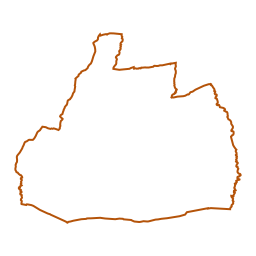 Botesti, Arges, Romania (Natural Earth projection)
{"feature_id": "2599482B8946792531978", "entity_name": "Botesti", "entity_type": "district", "adm_level": 2, "iso_a3": "ROU", "parent_name": "Romania", "parent_adm1": "Arges", "projection": "natural_earth1", "projection_center": [25.164, 45.018], "detail": "fine", "context": "isolated", "style": "outline", "palette": "amber", "viewbox_px": 256, "rotation_deg": 0, "n_neighbors": 0, "source": "geoboundaries", "source_scale": "gbopen_adm2", "svg_char_len": 5759}
<svg xmlns="http://www.w3.org/2000/svg" viewBox="0 0 256 256"><path d="M21.6,204.1L26.2,205.0L26.6,204.4L27.7,204.4L31.4,205.1L33.4,205.9L39.9,209.9L47.7,213.5L50.2,214.3L50.5,214.6L64.1,220.8L66.0,221.7L67.3,222.7L67.9,222.4L68.2,221.9L70.5,221.5L73.4,220.7L81.4,219.2L86.0,218.9L86.6,218.7L87.0,218.4L91.3,218.3L100.2,217.8L105.1,218.5L115.2,219.2L119.4,218.6L122.9,218.8L123.5,219.3L131.2,220.0L132.0,220.5L134.3,221.5L139.2,222.0L140.8,221.8L143.5,221.2L147.4,221.5L148.5,221.4L155.5,219.6L158.1,219.4L161.4,218.8L167.2,218.2L179.6,216.2L185.1,214.6L186.9,212.2L207.9,208.2L207.9,208.6L210.8,208.1L230.1,209.2L230.1,208.7L230.4,208.1L230.6,207.4L231.3,207.0L231.7,206.3L231.5,205.4L231.7,205.0L233.1,203.7L233.2,203.3L233.1,202.1L233.5,201.4L233.4,201.2L232.7,200.7L232.6,200.2L232.9,199.6L233.1,198.8L231.5,196.8L231.4,196.5L231.3,195.8L232.2,195.9L233.2,196.7L233.5,196.4L233.6,195.0L234.9,192.8L234.7,192.5L233.9,192.2L233.9,191.2L234.0,190.7L234.4,190.4L234.7,190.4L235.4,190.6L235.7,190.4L235.4,189.8L234.3,188.0L234.3,187.6L234.4,187.3L234.8,186.8L235.0,185.3L235.6,184.2L234.9,184.0L234.8,183.7L235.4,183.2L236.2,182.8L236.8,182.1L236.8,181.5L236.2,181.1L236.2,180.8L237.4,180.1L239.4,179.7L239.5,179.4L239.1,179.2L238.1,178.9L237.6,178.6L237.4,178.3L237.6,177.7L237.4,177.2L237.7,176.8L238.9,176.6L239.4,175.9L240.2,175.7L240.6,175.3L240.6,175.0L240.5,174.5L240.0,173.9L238.9,173.7L238.3,173.2L237.5,172.0L237.5,171.5L237.7,170.1L238.2,169.1L238.3,168.6L237.5,167.5L237.5,166.8L236.6,166.7L236.3,166.3L236.3,166.0L236.8,164.4L237.6,163.5L237.8,163.0L237.4,162.4L236.2,161.8L236.0,161.4L236.7,160.8L236.6,160.4L236.1,159.7L236.8,158.4L236.4,157.6L236.5,157.2L237.0,156.8L236.6,155.6L236.3,155.3L235.9,155.3L235.8,155.0L236.0,154.7L236.6,154.4L236.5,152.8L235.8,151.6L235.7,151.1L235.8,150.6L236.4,149.7L235.7,149.0L234.2,146.9L233.2,145.2L231.0,136.9L231.0,136.6L231.6,136.1L231.8,135.5L232.7,135.1L233.3,134.6L233.6,133.7L233.6,131.9L233.4,131.6L232.6,131.1L231.6,131.1L231.3,130.8L231.5,130.0L232.6,128.4L232.9,127.6L232.9,126.4L231.2,123.8L231.2,122.2L230.5,120.7L230.2,120.4L229.1,119.6L228.4,119.3L227.9,118.0L227.4,117.2L227.3,116.9L227.9,116.0L227.6,115.0L227.5,113.1L227.1,112.2L226.7,111.8L225.7,111.6L224.9,111.0L224.2,110.7L224.2,110.4L225.0,109.5L224.9,109.1L224.5,108.6L223.2,107.9L219.9,107.2L219.4,105.5L219.0,104.9L218.7,104.8L218.2,105.1L217.7,105.2L217.1,105.1L216.7,104.7L216.6,104.3L216.7,103.9L217.3,103.4L217.8,102.5L217.7,101.5L216.9,98.9L216.6,98.6L215.7,98.4L215.4,98.2L215.4,97.9L215.7,97.0L216.5,96.2L216.7,95.7L216.7,94.8L216.3,94.4L215.5,94.5L215.1,94.3L214.9,93.9L214.7,93.4L214.8,92.8L215.3,91.9L215.0,91.2L214.2,90.9L214.5,90.0L214.3,89.1L213.0,87.3L212.2,85.9L211.1,85.2L211.3,84.7L211.2,84.3L210.5,83.9L209.6,84.2L208.7,84.2L204.0,85.7L201.4,86.9L195.4,89.7L192.5,91.7L190.8,92.1L190.4,92.3L188.9,94.3L188.5,94.5L187.6,94.4L185.3,95.7L183.3,96.2L177.6,96.6L173.6,97.5L172.7,97.4L171.6,97.6L171.4,97.4L171.8,96.7L171.9,95.6L172.0,95.3L173.3,94.2L174.0,94.1L174.4,93.6L175.2,93.3L174.9,92.5L175.0,92.3L176.1,91.9L175.9,90.5L176.1,90.2L176.8,89.7L176.7,89.4L175.7,88.7L175.3,88.2L174.7,86.9L174.6,86.1L174.3,85.6L174.6,84.5L174.2,83.2L174.4,82.5L174.2,81.4L174.3,78.5L175.0,76.8L175.2,74.8L175.8,73.2L175.8,70.9L175.0,68.9L175.1,68.3L175.9,66.2L175.6,64.8L175.8,62.8L171.0,63.7L170.3,64.2L170.1,64.0L170.2,63.6L162.4,65.3L160.1,65.3L158.3,65.9L156.9,66.0L154.4,65.8L154.1,65.9L153.3,66.7L148.9,67.5L145.6,67.5L145.3,67.4L142.0,67.7L141.3,67.6L141.1,67.7L140.8,68.3L140.4,68.4L139.2,68.1L138.3,68.6L137.2,68.6L136.7,68.7L135.7,68.4L135.2,68.3L134.1,68.7L133.7,67.3L133.7,67.1L130.7,68.1L129.5,68.8L119.3,69.8L113.4,68.9L113.4,68.0L113.9,66.9L115.1,65.3L115.8,64.6L116.0,64.3L116.3,63.2L116.3,61.1L116.9,59.3L116.6,58.4L115.9,57.6L116.0,56.9L117.5,55.2L118.6,54.9L119.2,54.3L119.6,52.7L119.2,51.6L119.2,51.1L120.3,49.6L120.7,48.8L120.3,47.8L120.9,46.7L120.4,45.8L121.1,44.8L120.5,44.3L120.5,43.5L121.1,42.5L122.3,41.4L122.6,40.8L122.7,39.2L121.8,38.3L121.9,37.9L122.3,36.9L121.6,35.8L121.7,34.2L113.7,33.4L109.8,33.3L107.8,34.0L107.0,34.6L106.2,34.1L103.2,34.7L100.5,35.6L100.0,34.3L98.8,35.8L98.0,37.5L97.9,39.3L97.1,40.4L94.5,41.8L93.3,43.0L93.4,43.5L94.7,46.5L95.2,49.1L95.3,51.5L93.4,56.3L91.9,61.3L90.9,63.5L89.3,64.9L88.1,66.6L87.6,68.1L85.4,70.1L83.8,70.5L81.3,71.7L81.0,72.7L78.7,74.6L78.5,75.9L75.4,78.6L75.7,79.6L75.4,80.9L75.1,84.4L74.8,85.4L75.2,86.5L74.7,89.3L74.4,91.6L73.6,92.5L73.0,93.5L72.4,95.4L71.2,97.7L70.3,98.6L70.1,99.2L68.3,100.1L67.7,100.8L67.2,103.6L67.0,104.2L66.5,105.2L66.0,105.5L64.8,107.1L64.7,107.8L63.7,109.7L63.6,110.6L63.2,111.3L62.4,114.1L61.1,114.8L60.4,115.6L60.1,116.5L61.0,117.5L62.6,118.8L62.5,119.4L60.8,121.1L60.3,123.2L60.3,124.2L60.1,125.0L60.4,125.8L59.7,127.9L59.8,128.6L58.5,130.0L55.8,129.0L53.7,128.4L52.7,128.8L51.5,128.5L50.5,128.9L48.0,128.3L45.8,127.2L42.4,126.7L40.4,129.5L40.0,130.2L38.0,131.6L37.3,132.4L35.7,136.0L34.7,137.7L34.1,138.6L32.8,139.9L29.2,139.8L28.6,140.0L26.8,141.3L25.2,141.9L24.5,142.9L23.5,145.5L22.8,146.7L22.2,148.4L19.8,152.5L17.9,154.8L17.2,155.7L16.8,157.0L17.1,160.1L17.0,161.6L16.9,162.1L16.1,163.4L16.0,164.0L15.6,164.9L15.8,166.7L15.4,168.3L15.4,169.9L16.2,171.4L16.5,172.2L17.7,172.6L18.6,173.8L20.4,175.2L21.1,175.3L22.1,176.8L22.2,177.6L21.4,178.1L20.9,178.2L20.8,178.9L21.8,179.9L21.8,180.4L21.2,181.3L21.0,181.8L21.4,183.0L20.9,183.4L20.7,184.1L21.7,185.4L20.1,186.3L20.1,187.2L19.9,187.6L19.2,187.3L18.8,188.0L18.9,188.5L19.5,189.3L20.0,189.6L20.8,189.8L21.0,190.1L20.5,190.6L20.5,191.6L21.5,191.9L21.5,192.3L20.3,193.4L20.2,193.9L20.5,194.5L21.8,195.1L21.8,195.6L21.6,196.2L22.0,197.5L21.6,198.4L21.0,199.1L20.9,199.7L20.9,200.1L21.8,201.1L21.4,203.6L21.4,203.9L21.6,204.1Z" fill="none" stroke="#b45309" stroke-width="2"/></svg>